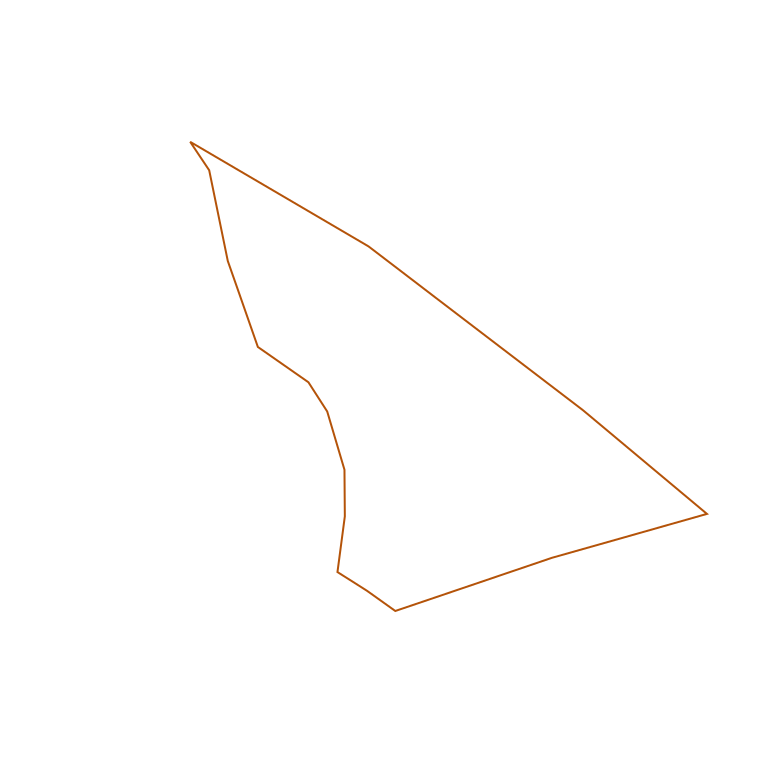 Mershing, Southern Darfur, Sudan (Natural Earth projection), rotated 139°
{"feature_id": "16777658B29151950465280", "entity_name": "Mershing", "entity_type": "district", "adm_level": 2, "iso_a3": "SDN", "parent_name": "Sudan", "parent_adm1": "Southern Darfur", "projection": "natural_earth1", "projection_center": [25.0, 12.506], "detail": "fine", "context": "isolated", "style": "outline", "palette": "amber", "viewbox_px": 768, "rotation_deg": 139, "n_neighbors": 0, "source": "geoboundaries", "source_scale": "gbopen_adm2", "svg_char_len": 439}
<svg xmlns="http://www.w3.org/2000/svg" viewBox="0 0 768 768"><g transform="rotate(139 384 384)"><path d="M225.5,74.1L251.0,233.5L288.4,415.2L295.4,449.4L305.4,498.0L371.4,693.9L375.7,660.0L421.2,579.3L432.8,550.1L454.9,494.7L439.9,434.9L444.9,400.5L470.1,345.2L500.4,309.8L542.5,272.6L532.5,239.1L524.4,205.3L468.0,182.2L422.3,163.5L371.4,142.7L291.5,105.1L262.5,91.5L225.5,74.1Z" fill="none" stroke="#b45309" stroke-width="2"/></g></svg>